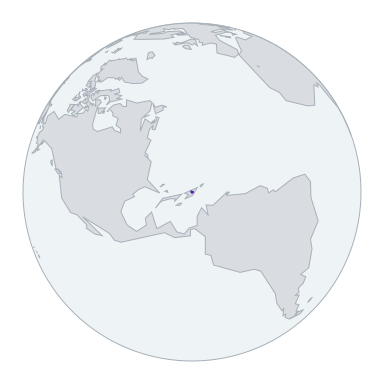 the Earth from above Azua, rotated 320°
{"feature_id": "DOM-1974", "entity_name": "Azua", "entity_type": "Province", "adm_level": 1, "iso_a3": "DOM", "parent_name": "Dominican Republic", "parent_adm1": "", "projection": "orthographic", "projection_center": [-70.822, 18.624], "detail": "fine", "context": "on_globe", "style": "filled", "palette": "violet", "viewbox_px": 384, "rotation_deg": 320, "n_neighbors": 0, "source": "natural_earth", "source_scale": "10m", "svg_char_len": 9452}
<svg xmlns="http://www.w3.org/2000/svg" viewBox="0 0 384 384"><g transform="rotate(320 192 192)"><circle cx="192" cy="192" r="169" fill="#eef3f6" stroke="#a8b0b8"/><path d="M170.6,221.8L166.6,219.8L162.7,224.6L149.4,215.8L144.8,205.5L105.4,184.9L101.6,179.1L102.2,170.7L92.3,140.6L95.1,167.7L90.6,161.8L87.7,151.7L90.2,149.9L89.3,135.8L85.8,129.7L88.3,112.8L101.0,93.9L101.7,97.5L104.6,92.9L104.0,88.4L102.9,86.6L112.3,68.9L112.1,58.3L106.5,58.9L112.1,56.2L97.6,60.5L93.9,59.6L101.5,58.4L105.0,56.7L104.2,54.7L107.5,52.6L109.1,50.5L113.2,48.4L117.3,48.4L120.0,47.2L119.3,45.9L123.0,43.3L123.6,45.3L130.0,41.1L138.1,41.6L136.6,50.6L144.5,50.8L151.9,60.5L154.7,58.5L159.3,61.6L164.1,60.5L164.1,63.1L168.0,60.1L167.1,58.0L168.5,56.1L171.3,55.5L171.8,58.5L170.4,59.2L172.0,59.8L171.1,61.7L173.1,60.4L173.4,64.4L177.3,59.6L180.9,62.2L180.0,65.1L174.7,65.8L159.3,76.2L156.7,80.3L158.4,84.9L172.8,90.8L172.2,95.3L175.3,100.6L178.1,97.4L176.7,92.2L182.7,88.0L180.3,82.7L182.4,80.5L182.0,75.1L187.9,75.0L193.8,78.0L194.3,82.6L196.9,84.3L201.1,79.4L206.7,88.3L218.3,94.8L219.1,97.5L212.2,102.8L200.3,103.4L191.4,112.2L203.1,105.8L204.9,113.5L207.7,114.7L211.0,114.1L212.6,111.1L214.5,113.8L203.6,120.6L201.8,118.2L205.2,115.9L199.7,116.5L192.4,122.0L193.9,125.9L181.3,131.7L182.2,134.7L180.0,138.0L179.4,132.6L180.2,142.6L165.7,153.7L166.6,172.0L159.3,157.7L152.9,155.8L145.0,155.7L145.0,158.6L134.6,155.8L124.9,161.2L121.0,175.3L124.2,186.6L135.8,188.0L139.5,182.1L148.1,181.4L141.5,197.5L156.5,200.6L154.7,212.8L159.1,219.2L166.7,217.8L174.5,221.0L180.2,214.0L189.3,210.2L189.5,220.0L194.5,211.0L199.6,215.7L217.8,214.6L216.4,216.9L231.7,227.5L248.3,231.0L252.1,237.5L250.1,242.0L255.8,242.6L255.9,245.4L278.5,246.3L289.9,250.9L289.4,260.3L279.6,272.7L270.1,295.2L252.3,304.4L247.4,312.7L232.8,325.0L222.1,325.1L224.8,330.0L218.5,333.4L211.4,334.0L209.9,337.4L204.7,337.7L207.9,339.7L199.3,344.0L201.5,347.1L195.1,350.1L196.8,351.7L194.5,351.7L192.0,352.3L191.7,353.1L184.6,351.6L182.7,347.7L185.3,345.8L182.2,345.3L187.9,339.8L184.5,340.9L185.5,331.7L190.5,323.4L193.8,296.9L190.2,291.3L177.2,284.5L161.6,261.9L165.7,252.7L162.3,248.1L173.5,234.8L170.6,221.8ZM32.8,144.7L34.1,140.9L33.6,143.9L32.8,144.7ZM34.7,138.3L34.3,139.6L34.6,138.4L34.7,138.3ZM34.8,137.2L34.7,138.0L34.7,137.4L34.8,137.2ZM34.8,136.2L34.8,136.6L34.8,136.2ZM165.6,178.1L182.7,187.0L172.8,188.0L174.7,186.4L170.4,182.8L162.3,179.3L153.7,180.8L165.6,178.1ZM35.3,133.5L35.4,132.7L35.6,132.7L35.3,133.5ZM173.6,168.3L170.6,167.5L173.6,167.5L173.6,168.3ZM101.8,86.3L103.7,88.6L103.0,93.7L101.1,91.9L101.8,86.3ZM103.7,77.4L105.5,77.6L102.0,81.9L102.0,80.4L103.7,77.4ZM101.6,60.1L102.5,61.2L100.5,61.0L101.6,60.1ZM108.6,50.7L107.3,51.1L108.6,49.9L108.6,50.7ZM178.9,75.6L180.4,75.3L179.7,76.4L178.9,75.6ZM177.2,73.6L175.3,75.0L174.2,74.3L175.4,73.4L177.2,73.6ZM116.1,45.7L118.7,43.8L116.8,45.6L116.1,45.7ZM179.9,72.0L172.6,72.9L170.7,71.7L174.0,67.4L179.9,72.0ZM120.7,42.8L126.9,38.9L124.5,39.4L134.7,36.2L126.1,40.3L124.1,42.3L123.2,41.8L120.7,42.8ZM165.6,57.7L166.7,59.9L163.2,58.7L165.6,57.7ZM163.0,57.5L150.2,57.6L150.0,54.3L154.3,54.8L151.9,51.4L158.1,49.7L160.8,51.2L159.7,53.5L162.9,51.2L163.0,57.5ZM139.4,35.3L141.5,34.5L140.0,35.4L139.4,35.3ZM168.8,55.3L166.2,55.4L165.8,52.6L170.9,51.8L169.4,52.9L168.8,55.3ZM148.3,51.5L148.9,49.4L154.0,47.4L154.9,46.4L158.2,49.4L148.3,51.5ZM170.9,53.3L173.4,51.5L176.2,52.3L171.3,55.0L170.9,53.3ZM163.6,52.3L163.6,50.9L165.3,51.4L163.6,52.3ZM187.3,54.9L184.2,54.8L183.8,53.2L187.3,54.9ZM174.2,50.8L173.3,50.5L172.7,50.0L174.9,49.1L174.2,50.8ZM161.6,47.9L163.6,47.7L160.5,46.6L164.3,45.3L165.8,47.6L166.7,46.1L167.8,45.7L167.8,48.1L161.6,47.9ZM175.6,46.7L178.8,49.6L184.5,49.9L185.1,51.3L175.7,50.6L175.6,46.7ZM171.0,47.3L174.0,47.1L173.2,48.7L170.7,49.7L171.0,47.3ZM166.3,43.7L160.2,45.0L160.0,44.5L166.3,43.7ZM177.4,46.4L176.6,45.7L177.9,46.2L177.4,46.4ZM169.9,44.1L167.7,44.6L167.6,44.0L169.9,44.1ZM176.8,44.1L177.8,45.0L176.1,45.6L176.8,44.1ZM173.7,43.8L174.2,42.9L174.9,45.3L172.8,44.1L173.7,43.8ZM170.1,43.5L169.4,43.2L171.1,43.4L170.1,43.5ZM182.6,41.4L183.9,44.3L180.2,45.6L179.4,42.5L182.6,41.4ZM196.5,354.6L185.2,352.1L191.5,353.3L195.9,352.0L201.8,353.7L196.5,354.6ZM209.4,350.8L214.6,349.7L215.8,350.1L212.5,350.9L209.4,350.8ZM323.1,85.4L326.1,90.0L321.5,85.2L313.6,74.9L311.9,72.9L323.1,85.4ZM306.1,67.4L305.5,66.9L299.8,61.9L304.4,66.2L305.9,67.3L308.8,70.3L307.6,69.4L305.7,67.5L305.8,68.3L315.0,77.8L317.6,80.0L320.7,86.1L325.3,90.6L327.8,94.5L321.0,88.4L318.1,85.2L309.3,81.3L312.6,85.0L321.1,89.2L320.5,89.8L325.0,95.7L321.1,91.7L310.8,86.9L310.6,93.6L318.2,112.1L316.4,116.2L311.3,116.3L300.5,101.6L305.8,94.4L302.0,89.8L294.1,86.1L296.4,84.5L293.8,82.3L295.1,79.7L290.2,72.1L290.6,69.4L282.2,63.0L281.2,60.9L286.5,65.2L290.3,67.0L290.3,61.5L288.4,59.4L282.9,55.9L283.6,55.1L278.3,52.5L275.1,48.6L274.6,51.4L268.1,48.1L262.7,44.3L260.5,43.9L269.3,50.2L273.0,52.4L276.3,53.4L286.1,60.8L287.5,63.6L276.8,58.3L277.6,61.9L269.0,56.9L250.3,41.7L245.8,37.7L252.1,36.4L256.9,38.5L257.0,39.8L262.9,41.0L259.5,39.7L260.1,39.4L254.1,36.8L254.2,36.5L248.3,34.9L247.7,34.2L251.5,35.2L242.2,31.6L239.4,30.2L237.2,29.6L235.7,29.4L233.1,28.2L231.6,27.8L231.9,28.1L229.1,27.6L223.2,26.7L222.6,26.3L224.7,26.6L228.1,27.0L231.6,27.7L243.3,31.0L254.8,35.1L265.9,40.1L276.7,45.8L287.0,52.3L296.8,59.5L306.1,67.4ZM227.8,26.9L223.7,26.3L220.3,25.9L221.6,25.8L220.8,25.8L219.0,25.5L216.6,25.0L214.8,25.0L195.0,24.1L188.4,23.6L191.8,23.2L177.4,23.9L171.1,24.4L171.4,24.4L164.6,25.4L166.5,25.2L166.1,25.4L149.7,29.3L145.4,30.4L138.6,33.1L138.8,33.3L141.6,32.6L134.7,36.2L124.5,39.4L124.7,38.8L118.2,41.7L119.6,40.1L117.7,40.4L123.0,37.8L126.9,36.1L128.0,35.8L127.6,35.8L139.6,31.4L151.9,27.9L164.4,25.3L177.0,23.7L189.8,23.1L202.5,23.4L215.2,24.6L227.8,26.9ZM350.5,250.6L352.5,244.7L356.5,230.5L358.2,221.4L358.2,204.8L358.5,192.2L357.5,188.6L356.0,192.5L354.3,188.3L353.0,189.8L341.9,204.4L336.0,200.4L322.8,182.6L323.0,171.9L318.6,161.9L316.2,117.0L320.6,115.8L324.4,102.1L325.8,101.9L330.8,109.9L337.9,111.4L333.8,103.3L334.9,102.0L333.9,100.4L340.1,110.7L345.5,121.5L350.2,132.6L354.0,144.0L357.0,155.7L359.2,167.5L360.5,179.5L361.0,191.5L360.6,203.6L359.3,215.6L357.2,227.4L354.3,239.1L350.5,250.6ZM322.9,136.8L324.3,140.0L322.9,136.8ZM218.4,214.4L220.6,216.2L217.7,216.4L218.4,214.4ZM171.4,192.1L175.0,192.4L176.9,193.9L174.1,194.4L171.4,192.1ZM202.4,192.2L206.6,193.0L202.2,193.9L202.4,192.2ZM185.4,188.1L199.0,192.0L190.4,195.0L181.8,192.7L187.8,191.8L185.4,188.1ZM171.7,174.0L174.0,174.8L173.3,176.7L171.7,174.0ZM175.7,168.3L174.8,168.4L173.7,166.9L175.7,168.3ZM205.6,113.0L206.5,112.6L209.8,112.7L208.2,114.0L205.6,113.0ZM224.8,106.2L227.4,110.8L224.4,108.2L222.7,110.7L214.4,108.7L219.1,98.8L218.4,103.5L224.8,106.2ZM204.6,103.9L209.3,105.9L204.0,104.1L204.6,103.9ZM278.3,74.5L280.9,74.7L283.7,77.7L283.2,82.4L279.2,78.0L278.3,74.5ZM284.0,74.4L273.6,68.6L273.4,65.9L275.3,68.3L276.2,67.1L279.5,70.8L289.6,74.4L292.6,77.3L290.1,83.6L289.3,79.7L286.7,79.6L284.0,74.4ZM247.1,62.9L242.6,61.5L248.2,57.2L251.7,59.0L251.5,63.5L247.2,64.0L247.1,62.9ZM187.0,64.8L184.9,65.4L184.8,64.4L186.5,63.1L187.0,64.8ZM185.9,55.0L196.0,61.5L194.2,62.4L202.4,65.7L200.6,69.5L195.3,67.1L200.1,72.9L194.7,72.3L198.5,76.0L186.9,70.3L182.2,70.4L188.2,68.7L189.9,65.1L189.3,63.6L183.9,59.5L174.6,58.4L174.9,55.1L177.5,53.0L179.8,52.8L178.9,54.9L182.6,53.1L183.0,56.0L185.9,55.0ZM208.4,37.6L206.4,39.1L213.8,38.0L214.3,40.1L215.2,39.8L217.7,41.6L222.1,43.4L221.6,44.4L223.5,44.7L225.2,46.1L227.8,47.0L227.6,49.2L230.7,50.5L228.9,50.8L234.3,52.6L230.2,52.3L232.0,54.4L235.0,53.6L228.2,65.6L228.4,71.6L230.8,77.1L223.6,76.4L216.7,71.2L211.0,64.4L211.8,59.0L208.4,60.0L207.7,57.8L210.7,57.9L205.8,56.4L206.0,54.7L201.0,50.2L193.6,49.6L191.6,48.1L194.6,47.5L190.5,46.5L194.8,44.5L193.4,43.5L196.3,40.8L202.9,40.6L200.8,39.5L202.9,37.7L208.4,37.6ZM183.6,40.6L191.3,39.4L195.4,40.0L188.7,44.6L189.3,45.8L185.2,49.2L179.3,48.3L181.1,47.3L181.4,46.2L183.1,46.9L182.0,45.6L184.3,44.3L184.1,43.0L186.6,42.9L183.6,40.6ZM324.0,98.0L324.5,97.4L324.5,95.6L327.3,99.6L324.0,98.0ZM317.3,94.9L317.2,93.5L321.2,97.8L320.7,98.7L317.3,94.9ZM313.8,89.5L316.9,93.2L314.9,91.7L313.8,89.5ZM286.0,64.0L285.5,62.7L286.8,63.3L288.6,65.0L286.0,64.0ZM230.5,36.6L228.7,36.9L227.8,36.4L222.0,36.0L221.2,34.7L224.3,34.4L230.5,36.6ZM326.9,90.3L326.6,89.9L325.8,88.8L325.7,88.7L326.9,90.3ZM328.8,95.1L329.4,94.8L329.5,96.2L328.8,95.1ZM228.7,35.0L226.4,34.9L227.4,34.4L228.7,35.0ZM220.3,33.7L220.9,33.0L220.4,34.5L220.3,33.7ZM218.4,26.8L227.4,28.6L233.3,29.7L235.7,29.8L236.1,30.8L227.0,29.0L218.4,26.8ZM198.0,24.3L195.9,24.7L194.2,24.4L194.5,24.3L198.0,24.3ZM198.5,24.6L200.8,25.5L197.9,25.8L196.7,25.0L198.5,24.6ZM215.1,29.3L217.8,29.9L216.9,30.2L215.1,29.3ZM140.7,34.4L141.4,34.5L139.6,34.9L140.7,34.4ZM167.3,25.3L166.5,25.6L164.4,25.9L167.3,25.3ZM163.1,26.7L166.0,26.2L163.2,26.9L163.1,26.7ZM172.5,25.1L167.3,26.0L172.0,25.0L172.5,25.1Z" fill="#d9dde1" stroke="#a8b0b8" stroke-width="1"/><path d="M192.7,193.0L192.7,192.9L192.7,192.7L192.4,192.6L192.2,192.8L191.9,192.8L191.8,193.0L191.7,193.0L191.6,192.9L191.4,192.7L191.5,192.5L191.5,192.4L191.4,192.2L191.2,192.2L191.2,191.9L191.3,191.9L191.3,191.7L191.5,191.6L191.6,191.4L191.6,191.2L191.8,191.0L191.8,190.9L192.0,191.0L192.0,191.3L192.1,191.5L192.3,191.5L192.3,191.8L192.4,192.0L192.5,192.2L192.6,192.3L192.8,192.4L192.9,192.5L193.0,192.6L192.9,192.7L192.9,192.8L192.8,193.0L192.7,193.0Z" fill="#8b5cf6" stroke="#5b21b6" stroke-width="1.5"/></g></svg>